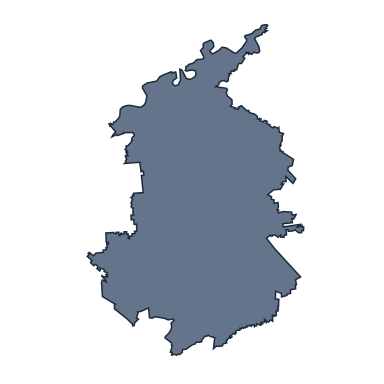 the district of Acayucan, Veracruz, Mexico, rotated 86°
{"feature_id": "50627088B90009998079427", "entity_name": "Acayucan", "entity_type": "district", "adm_level": 2, "iso_a3": "MEX", "parent_name": "Mexico", "parent_adm1": "Veracruz", "projection": "robinson", "projection_center": [-95.057, 18.028], "detail": "fine", "context": "isolated", "style": "filled", "palette": "slate", "viewbox_px": 384, "rotation_deg": 86, "n_neighbors": 0, "source": "geoboundaries", "source_scale": "gbopen_adm2", "svg_char_len": 5986}
<svg xmlns="http://www.w3.org/2000/svg" viewBox="0 0 384 384"><g transform="rotate(86 192 192)"><path d="M241.7,103.1L241.4,100.7L236.3,100.9L236.2,98.8L238.0,98.7L237.8,93.6L236.8,92.0L239.9,88.8L240.3,85.6L237.9,85.0L238.3,83.5L234.7,83.0L234.2,84.5L232.7,84.6L232.6,85.9L234.1,86.2L234.4,89.6L231.9,86.7L233.2,103.4L230.0,103.6L229.6,94.0L225.2,94.3L226.1,92.4L221.7,89.7L222.0,93.6L219.0,94.1L217.9,102.5L218.9,107.3L215.9,106.9L215.7,108.4L212.8,106.8L208.5,106.9L209.0,110.9L205.5,110.8L204.9,113.3L202.1,113.0L200.1,116.8L195.5,110.4L195.4,103.6L190.4,100.1L190.4,102.4L188.0,100.8L188.2,97.4L182.9,97.4L190.5,90.6L186.1,87.6L177.0,94.8L173.9,94.4L172.7,90.2L166.6,88.4L158.8,98.9L158.2,98.4L157.0,101.1L156.7,100.5L154.1,101.8L151.5,99.8L151.0,101.1L147.1,98.5L142.7,98.1L140.2,96.6L138.4,100.8L133.6,100.9L134.4,101.7L132.5,105.5L133.7,106.7L131.4,110.0L130.4,109.6L128.7,113.0L126.8,112.0L125.6,115.0L127.1,115.8L125.7,119.0L123.9,118.0L123.2,119.8L124.3,120.3L123.6,121.6L120.9,121.7L119.8,122.8L118.6,124.2L116.9,129.1L114.6,129.7L114.9,131.4L109.3,136.7L110.8,140.1L111.8,139.5L112.6,140.2L112.3,142.3L111.7,143.4L111.2,142.8L109.0,147.9L107.4,145.9L102.8,145.7L98.6,150.0L94.9,151.0L92.9,149.5L91.1,150.0L88.6,161.1L87.0,158.1L85.1,157.3L83.4,155.3L83.0,152.5L84.5,150.0L83.7,148.2L79.1,147.4L78.3,146.3L76.6,146.8L76.6,144.6L75.1,145.4L74.0,143.9L74.6,142.0L73.0,141.3L74.0,140.8L72.8,138.7L68.0,137.0L67.0,136.1L67.3,133.7L62.3,130.0L60.7,131.7L57.1,128.0L56.5,128.3L56.6,126.5L57.5,127.1L57.4,125.8L58.3,125.8L57.4,124.7L58.3,124.4L58.8,122.8L56.9,120.4L57.9,117.8L57.7,115.8L56.3,114.6L51.6,115.2L43.3,118.9L42.0,117.7L39.7,111.0L38.6,111.1L37.5,109.9L38.1,108.5L36.9,108.4L37.4,107.7L36.4,105.8L35.9,107.4L33.9,107.4L33.9,106.4L33.4,106.8L31.2,104.9L30.3,105.6L30.3,107.7L30.7,110.7L34.1,113.0L35.0,117.3L38.3,121.5L39.7,128.1L41.0,128.6L43.9,126.8L45.5,127.1L51.6,132.0L56.7,138.3L56.2,140.1L50.7,147.7L49.8,151.2L49.9,152.4L52.4,155.1L55.3,160.7L55.2,162.8L52.4,164.3L48.7,160.2L44.5,160.3L41.8,162.6L44.1,169.4L45.4,170.6L48.7,170.7L51.6,173.7L57.7,170.9L59.4,171.1L60.3,172.6L60.2,177.7L63.6,181.9L64.3,185.7L66.9,189.6L68.2,189.1L70.1,190.3L71.0,189.5L70.3,183.5L71.2,180.4L74.3,179.6L77.1,180.9L79.6,185.6L78.4,189.7L69.7,193.5L68.6,195.6L79.6,195.6L84.2,198.3L84.9,201.3L83.4,203.4L81.8,203.9L79.2,202.7L77.2,199.3L71.4,199.8L71.0,200.7L72.0,202.8L71.6,203.9L70.7,203.9L70.8,204.8L73.5,213.2L74.9,216.2L78.9,219.5L80.2,229.2L82.8,233.9L85.0,234.1L93.0,230.2L99.7,232.1L102.4,234.3L103.9,237.6L101.2,248.0L101.2,250.8L102.3,255.3L104.6,257.8L110.7,258.6L113.1,259.9L116.6,263.7L116.8,265.4L118.7,265.8L118.9,267.0L117.7,268.6L118.3,269.9L118.8,269.1L119.3,269.7L120.8,269.2L120.5,268.5L126.9,263.9L128.7,266.3L131.4,268.0L129.5,263.3L130.5,262.7L128.8,255.9L128.0,256.0L128.6,247.3L129.6,246.2L131.6,245.5L133.4,247.7L134.8,248.4L136.2,247.9L136.5,248.8L137.9,249.0L141.7,253.3L141.4,254.5L143.9,254.7L144.9,255.8L146.2,254.3L147.1,254.9L147.1,253.5L148.4,253.5L148.3,254.7L151.4,253.5L150.8,256.5L151.4,255.2L152.3,255.8L154.9,254.8L156.0,256.1L157.5,255.6L158.8,257.3L158.7,242.1L168.2,241.4L167.5,240.1L168.2,240.0L168.2,239.0L172.0,238.9L171.9,241.3L189.2,240.7L189.2,250.3L191.3,250.2L190.9,251.5L192.4,251.2L193.1,253.4L194.9,251.8L199.2,253.7L200.3,252.8L202.4,253.8L203.8,252.8L203.9,251.8L208.8,252.4L210.9,251.9L210.9,254.5L215.5,254.6L215.5,252.0L220.2,252.0L220.2,249.7L227.1,249.7L227.1,252.1L229.6,251.8L229.4,254.7L232.4,254.8L231.7,254.8L231.7,257.4L234.1,257.4L234.1,258.7L229.4,258.7L229.4,260.0L228.4,260.0L229.0,260.5L227.1,260.0L227.0,262.6L229.3,262.6L229.3,265.2L228.1,265.2L228.4,266.1L230.6,266.9L230.2,267.8L227.0,267.8L227.0,270.4L228.4,270.4L227.5,273.0L226.9,273.0L226.9,280.8L236.1,281.0L236.1,278.9L238.0,278.9L237.4,280.6L241.5,280.6L241.5,281.7L243.6,281.7L243.8,284.7L246.0,284.6L246.3,292.2L248.7,294.7L245.1,298.7L245.9,299.9L247.2,298.9L248.9,301.0L253.7,296.5L255.0,298.1L256.0,297.7L258.7,295.0L257.4,293.2L260.3,290.5L261.6,292.3L264.3,289.8L264.0,289.0L261.7,289.0L262.9,285.1L265.2,285.2L266.5,282.3L268.7,282.2L268.4,283.7L269.5,283.5L269.5,282.1L270.8,282.2L271.0,283.5L270.0,287.1L269.1,287.6L269.6,287.9L273.4,284.6L275.7,283.8L273.4,287.4L275.8,288.6L290.1,288.6L298.6,276.3L299.1,277.3L303.1,277.5L313.7,266.0L319.6,260.6L321.4,260.5L321.3,259.0L318.5,258.4L315.1,254.2L314.1,256.2L308.7,254.2L308.0,254.6L307.3,250.6L304.6,243.4L314.5,243.2L315.2,240.6L313.9,237.9L314.2,236.0L316.1,228.3L317.9,224.8L317.3,219.8L318.1,219.1L318.6,218.7L321.4,222.0L325.7,221.7L328.5,223.0L331.5,225.2L334.5,228.8L335.7,229.1L340.9,223.1L343.8,223.1L344.1,222.3L350.3,224.8L350.7,223.0L353.2,223.7L352.8,220.4L353.7,218.8L352.7,216.9L353.3,215.8L351.2,212.8L348.6,212.5L348.5,209.1L344.3,202.0L343.8,199.4L342.1,198.3L342.4,194.2L341.9,192.7L341.1,193.1L336.6,189.0L337.0,187.7L336.0,185.7L337.3,184.1L338.8,179.5L349.8,181.5L347.6,178.8L347.8,172.6L345.7,171.4L344.9,167.9L343.2,168.4L342.7,167.4L342.1,167.6L340.1,165.3L340.5,164.0L339.3,164.2L339.9,163.7L339.4,162.2L338.1,163.1L335.9,160.6L336.9,159.1L335.8,158.9L335.7,157.8L334.2,158.1L333.2,157.1L333.1,153.9L331.3,153.6L332.0,152.6L330.7,151.3L331.6,150.4L330.8,149.6L331.2,148.3L330.6,146.6L329.4,146.6L329.7,145.2L328.9,144.2L330.2,142.2L329.4,141.7L329.0,142.8L328.7,139.5L330.7,139.1L329.8,138.2L330.0,137.0L328.0,136.8L329.7,132.8L328.5,131.0L328.4,132.3L326.9,132.5L326.7,128.7L324.0,128.6L324.9,127.3L327.2,127.0L326.4,126.5L327.2,124.8L325.0,122.5L326.5,120.4L320.6,120.5L320.4,119.1L321.8,118.7L321.4,117.1L320.7,116.4L316.6,116.4L316.6,114.5L315.2,114.9L314.9,114.0L312.5,114.6L312.5,113.7L305.1,112.9L304.5,116.3L296.8,115.5L299.4,109.9L302.9,110.0L301.8,104.5L300.6,104.4L300.0,100.7L296.4,100.7L295.8,95.4L292.0,95.4L291.9,94.3L286.7,94.8L284.3,89.6L254.7,113.2L243.3,121.0L240.4,116.7L241.4,116.4L241.7,115.2L240.6,114.1L240.9,111.8L243.2,109.2L241.1,106.6L243.2,106.6L243.6,103.4L241.7,103.1Z" fill="#64748b" stroke="#1e293b" stroke-width="1.5"/></g></svg>